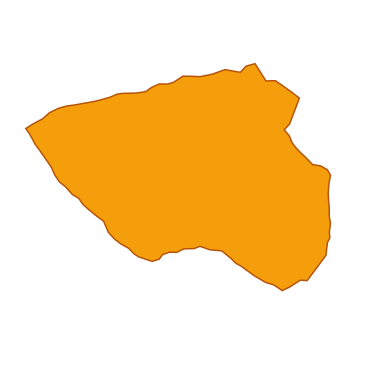 Esperança Nova, Paraná, Brazil (Albers equal-area conic projection), rotated 341°
{"feature_id": "56859067B5777804662884", "entity_name": "Esperança Nova", "entity_type": "district", "adm_level": 2, "iso_a3": "BRA", "parent_name": "Brazil", "parent_adm1": "Paraná", "projection": "albers", "projection_center": [-53.801, -23.723], "detail": "fine", "context": "isolated", "style": "filled", "palette": "amber", "viewbox_px": 384, "rotation_deg": 341, "n_neighbors": 0, "source": "geoboundaries", "source_scale": "gbopen_adm2", "svg_char_len": 1293}
<svg xmlns="http://www.w3.org/2000/svg" viewBox="0 0 384 384"><g transform="rotate(341 192 192)"><path d="M293.4,91.2L284.1,90.6L276.7,94.6L270.0,90.9L263.2,87.1L256.2,87.1L249.4,87.2L237.3,85.6L228.6,82.2L221.1,79.5L210.5,82.3L204.0,82.0L196.4,79.2L188.5,79.8L180.6,82.0L171.1,80.2L158.3,76.1L152.7,75.1L145.0,75.7L134.7,75.1L128.4,74.5L119.8,73.1L110.1,71.6L101.4,69.9L92.7,69.4L83.1,70.6L74.4,74.2L63.6,75.9L55.5,77.9L57.4,84.4L58.3,90.0L59.2,95.8L61.4,102.6L63.9,111.5L67.1,122.9L67.8,131.3L69.9,139.2L74.1,146.0L78.1,155.5L82.8,161.0L84.9,168.4L88.7,175.2L93.8,183.4L98.9,190.9L99.8,203.0L103.5,211.5L107.6,217.7L113.6,224.4L117.2,231.8L120.6,236.1L131.9,244.7L139.2,244.8L143.7,241.7L151.0,241.6L158.0,244.1L165.7,243.1L175.6,246.2L181.8,245.9L190.2,252.5L200.9,257.3L206.9,266.9L210.3,273.7L214.2,278.0L223.4,291.2L227.4,295.9L232.1,301.4L239.2,306.6L245.2,314.6L253.6,313.6L266.0,310.6L271.9,313.3L289.4,301.4L298.0,295.5L303.6,283.9L307.4,280.2L308.8,274.6L312.7,266.9L313.9,259.6L316.6,251.9L318.0,246.0L320.4,237.4L324.0,229.1L328.5,221.1L327.2,215.0L322.0,209.1L315.0,205.4L310.8,196.4L307.4,190.0L304.6,183.8L302.6,177.7L302.4,171.2L299.5,163.2L306.3,159.6L324.1,138.2L318.1,129.1L307.1,113.9L298.1,111.1L293.4,91.2Z" fill="#f59e0b" stroke="#b45309" stroke-width="1.5"/></g></svg>